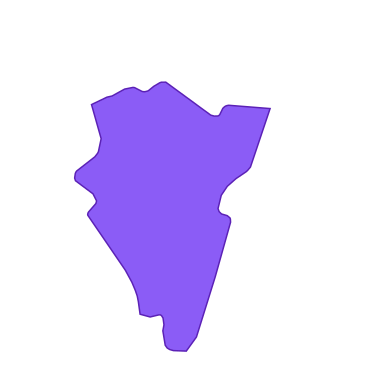 SVG path tracing the border of Brent, rotated 56°
{"feature_id": "GBR-2062", "entity_name": "Brent", "entity_type": "London Borough", "adm_level": 1, "iso_a3": "GBR", "parent_name": "United Kingdom", "parent_adm1": "", "projection": "orthographic", "projection_center": [-0.26, 51.562], "detail": "fine", "context": "isolated", "style": "filled", "palette": "violet", "viewbox_px": 384, "rotation_deg": 56, "n_neighbors": 0, "source": "natural_earth", "source_scale": "10m", "svg_char_len": 1065}
<svg xmlns="http://www.w3.org/2000/svg" viewBox="0 0 384 384"><g transform="rotate(56 192 192)"><path d="M320.7,285.7L313.1,296.1L310.1,298.6L307.5,299.8L304.1,299.9L290.8,293.8L286.4,289.5L280.3,286.5L277.4,286.4L276.1,287.0L275.3,288.3L272.2,296.6L264.3,303.4L252.9,297.8L247.4,295.5L241.8,294.0L233.2,292.3L219.5,291.0L153.1,291.4L152.2,291.0L151.2,289.9L150.7,288.9L147.8,278.1L146.0,276.1L138.2,275.1L117.5,282.3L114.8,281.5L111.4,278.4L110.6,277.2L110.1,275.9L108.5,252.9L107.1,248.6L106.2,247.0L97.0,237.5L63.3,226.4L65.8,209.5L67.7,204.6L69.0,190.3L72.3,182.4L73.4,181.2L80.8,177.1L81.8,176.0L82.5,175.0L83.5,172.3L83.6,171.2L83.0,164.7L83.4,157.7L83.8,156.1L86.3,152.3L138.7,133.5L141.5,131.1L143.4,128.1L143.6,127.0L143.4,125.8L139.9,119.7L139.6,118.1L139.5,116.3L139.9,114.7L140.6,113.1L166.5,80.6L204.0,129.6L205.2,133.8L205.5,135.7L205.5,147.9L207.0,159.5L211.1,169.6L220.3,179.7L223.5,180.5L226.7,179.8L231.3,176.0L234.7,175.0L235.9,175.3L238.6,176.9L275.4,220.3L314.7,269.4L320.7,285.7Z" fill="#8b5cf6" stroke="#5b21b6" stroke-width="1.5"/></g></svg>